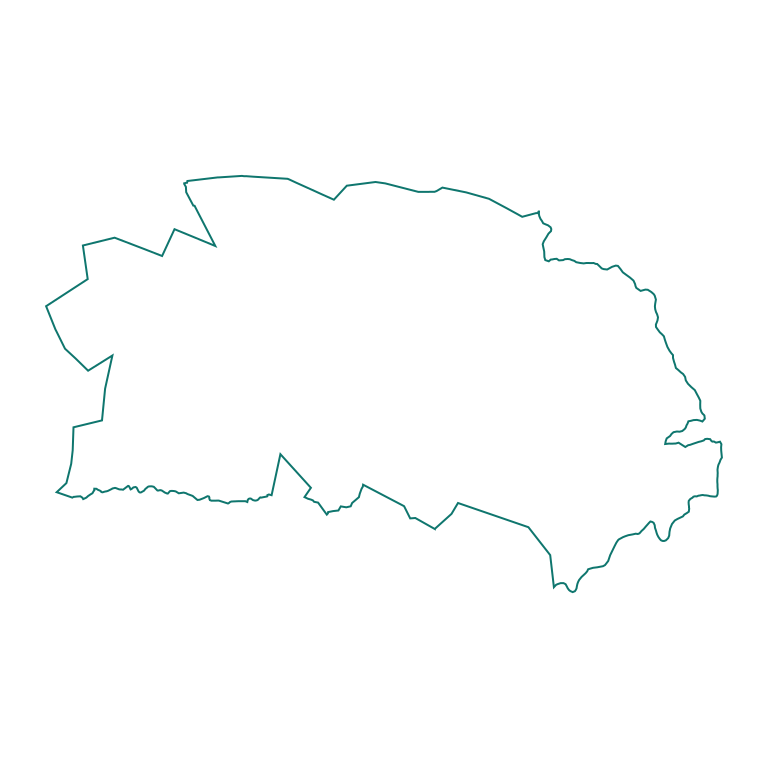 outline of Santiago Ixtayutla, Oaxaca, Mexico
{"feature_id": "50627088B59377752165188", "entity_name": "Santiago Ixtayutla", "entity_type": "district", "adm_level": 2, "iso_a3": "MEX", "parent_name": "Mexico", "parent_adm1": "Oaxaca", "projection": "mercator", "projection_center": [-97.668, 16.53], "detail": "fine", "context": "isolated", "style": "outline", "palette": "teal", "viewbox_px": 768, "rotation_deg": 0, "n_neighbors": 0, "source": "geoboundaries", "source_scale": "gbopen_adm2", "svg_char_len": 6031}
<svg xmlns="http://www.w3.org/2000/svg" viewBox="0 0 768 768"><path d="M56.4,331.3L65.0,348.7L75.6,358.5L88.1,370.7L112.4,355.5L105.1,388.7L102.0,420.4L73.5,427.3L72.7,450.3L71.2,463.8L66.4,483.1L56.7,492.2L72.3,497.6L73.6,496.9L73.9,496.9L77.1,496.5L80.4,496.3L82.4,497.7L83.2,499.1L85.6,498.0L86.5,497.5L88.0,496.1L90.5,494.4L92.2,493.4L92.6,493.0L92.8,492.7L93.5,491.3L94.2,490.5L94.1,490.4L94.2,489.7L94.3,488.7L96.5,488.8L97.7,489.7L99.8,490.6L100.8,491.2L100.9,491.5L101.1,491.6L101.2,491.8L101.6,492.1L102.7,492.3L103.8,491.9L105.3,491.5L106.6,491.3L107.9,490.9L111.9,488.9L112.4,488.5L115.0,487.9L115.9,488.1L119.3,489.4L121.5,489.5L123.1,489.7L127.8,486.1L128.1,485.9L128.7,486.0L129.6,487.3L130.6,489.4L131.4,489.1L133.4,487.4L135.6,487.0L136.7,487.7L138.6,491.5L139.5,492.3L140.1,492.5L141.0,492.4L142.6,491.5L144.0,490.7L145.4,488.9L145.6,488.7L146.7,487.9L146.8,487.8L147.5,487.1L147.9,486.8L149.0,486.4L151.7,486.3L153.8,486.8L155.0,488.0L157.3,490.4L158.0,490.6L160.2,490.1L160.7,490.3L161.6,490.4L162.2,490.8L164.2,492.1L164.5,492.4L167.1,493.5L167.9,493.5L169.9,491.2L171.1,490.9L173.8,491.0L175.7,491.4L178.8,493.3L183.7,492.6L186.3,493.3L187.4,494.0L192.6,495.9L197.1,499.7L197.5,500.0L198.2,499.9L199.7,499.7L204.0,498.0L207.5,496.2L208.9,496.5L209.1,496.8L209.1,497.0L209.4,497.7L209.3,498.6L209.9,500.1L211.5,500.7L218.8,500.6L228.0,503.5L228.8,503.1L230.2,501.9L231.6,501.5L238.4,501.2L245.3,501.2L247.3,502.0L247.7,500.1L248.6,498.9L249.1,498.7L249.7,498.5L250.7,498.5L252.0,499.4L253.0,500.1L255.1,500.6L256.1,500.5L257.5,500.1L258.0,499.7L259.7,497.9L260.3,497.4L261.2,497.6L266.8,496.5L267.3,496.3L267.4,495.1L268.9,494.5L271.6,495.2L280.4,454.2L310.9,487.8L304.5,497.1L308.1,498.8L311.0,499.6L312.9,500.4L314.1,501.8L318.1,502.6L323.0,509.4L326.8,514.6L327.9,513.4L328.1,512.1L333.0,511.1L338.4,510.5L340.8,506.4L346.3,507.3L350.7,506.3L352.1,503.0L358.9,497.2L359.8,493.6L361.6,488.7L362.8,486.7L363.1,484.7L384.1,495.7L401.5,504.8L404.1,506.2L410.2,518.4L415.3,518.0L434.8,529.0L434.8,528.9L451.5,513.9L458.0,503.0L487.1,513.0L528.4,527.2L550.2,555.1L553.9,587.2L556.1,584.8L557.7,584.1L560.7,583.1L563.5,583.1L565.6,584.2L566.8,586.4L567.8,588.4L569.1,590.1L570.4,591.1L572.7,592.1L574.9,591.2L575.6,590.2L576.5,588.5L576.9,586.2L577.4,583.9L578.1,582.0L579.1,580.0L581.6,576.9L585.6,573.2L587.2,571.3L588.1,569.3L590.0,568.7L593.1,567.8L597.2,567.3L603.0,566.2L605.0,565.1L606.5,563.2L608.2,561.0L610.2,555.1L614.5,546.3L616.4,542.6L618.1,540.1L619.0,539.3L620.9,538.3L622.9,537.2L625.1,536.3L628.3,535.2L632.7,534.4L635.7,533.7L637.8,534.0L639.4,533.4L640.4,532.3L641.5,531.0L643.8,528.9L645.9,526.4L647.5,524.6L648.9,523.0L650.4,521.5L652.1,521.9L653.6,522.8L654.7,525.2L655.0,527.8L656.0,530.7L656.6,532.9L657.2,534.6L658.3,536.8L659.6,538.7L660.9,540.2L662.4,540.9L664.0,541.0L665.8,540.4L667.0,539.3L668.2,538.1L669.2,535.6L669.5,531.9L670.2,528.4L672.0,524.0L674.8,520.5L677.6,518.9L680.8,517.4L682.9,516.4L684.3,514.6L686.8,513.1L688.8,511.7L689.0,510.2L689.2,508.5L689.0,507.6L689.0,506.4L688.7,504.2L688.6,502.3L688.8,500.8L690.3,499.0L692.6,497.6L693.4,496.7L694.9,496.3L696.8,496.4L698.4,495.7L699.9,495.5L701.1,495.2L702.8,495.0L704.3,495.3L706.2,495.4L708.3,495.7L710.0,496.2L712.0,496.4L714.3,496.6L716.1,496.5L716.8,495.9L717.3,494.9L717.6,493.9L717.8,490.1L717.6,488.4L717.5,486.4L717.5,484.4L717.3,481.9L717.3,479.4L717.4,478.0L717.6,476.2L717.6,474.7L717.7,473.1L717.5,469.7L717.8,467.5L718.1,466.0L718.5,464.6L719.5,462.6L720.2,460.7L720.6,459.6L721.9,457.6L721.2,450.6L721.1,447.2L721.4,444.2L720.0,441.7L717.7,442.3L715.9,442.6L713.9,441.5L712.3,441.6L711.1,440.6L710.2,439.2L707.1,438.8L705.1,439.1L703.8,440.4L701.2,441.3L698.7,441.9L695.1,443.1L693.0,443.8L690.2,444.8L688.2,445.2L685.3,447.0L678.6,442.7L675.8,443.5L671.4,443.7L669.0,443.6L665.2,444.0L665.7,441.2L666.7,438.4L670.1,436.0L671.5,434.0L673.5,432.2L676.9,431.5L679.6,431.7L682.3,431.0L684.7,429.0L685.8,427.5L686.5,425.4L687.5,423.7L688.4,421.3L691.0,420.8L693.5,420.1L696.9,419.9L700.0,420.6L702.4,421.5L704.8,418.7L704.4,415.5L704.1,415.1L702.4,413.5L701.3,411.7L700.3,408.5L700.2,404.8L700.3,400.8L698.9,397.8L696.9,394.1L694.8,390.1L691.2,387.0L688.0,383.8L685.8,380.4L685.1,376.9L683.1,374.0L680.9,372.4L678.3,370.0L675.9,368.0L675.0,364.6L674.0,361.6L673.0,357.9L673.0,355.1L671.4,353.3L669.5,350.7L667.4,346.9L665.8,342.5L664.8,339.5L663.9,336.3L662.0,334.3L659.8,332.3L657.6,329.3L656.0,327.0L655.9,324.5L656.6,322.8L657.5,320.4L658.0,317.3L657.1,314.3L656.0,312.0L655.2,309.2L654.9,306.3L655.2,303.7L655.9,299.6L654.7,295.6L653.7,294.1L651.3,292.0L647.8,289.8L648.2,289.8L645.4,289.6L640.6,290.9L636.3,287.9L635.5,286.0L635.1,284.1L633.5,280.6L629.9,277.5L625.9,274.6L622.8,272.3L620.6,269.2L617.9,265.9L615.8,265.6L612.1,266.8L607.2,269.5L603.6,269.1L601.7,268.4L599.5,266.2L597.2,264.0L595.7,263.9L593.6,263.0L591.4,263.1L588.4,263.0L586.4,263.0L583.7,263.4L580.3,263.0L576.2,262.2L574.4,260.9L571.9,260.1L569.8,259.2L567.8,259.0L564.9,259.2L563.1,260.1L559.0,260.4L556.7,258.8L554.3,259.0L552.5,259.4L550.7,259.6L548.8,261.3L545.3,260.1L544.4,257.1L544.2,251.5L543.2,246.8L542.7,244.2L543.8,241.3L546.4,237.2L548.5,233.6L551.0,231.1L551.3,229.1L550.6,227.3L548.0,225.3L545.7,224.4L543.2,223.3L541.9,220.9L540.5,218.9L539.3,216.1L538.9,214.0L539.0,211.2L538.9,210.7L538.8,211.4L538.4,211.8L537.9,213.1L536.1,213.1L522.2,216.8L517.2,214.0L512.8,211.6L506.8,208.3L489.0,198.8L466.2,192.4L442.4,187.6L436.5,191.1L435.6,191.4L434.6,191.8L418.4,191.9L385.3,183.4L375.5,182.0L346.8,185.7L333.9,199.7L322.7,194.7L316.1,191.7L315.7,191.5L296.2,182.7L289.1,179.4L287.6,178.8L253.3,176.7L246.5,176.2L244.0,176.2L242.0,175.9L218.9,177.4L217.8,177.4L187.4,181.0L187.1,182.7L186.4,182.8L185.7,182.9L185.3,183.1L184.2,183.3L184.2,183.9L185.9,186.9L186.2,192.2L193.3,205.6L193.5,205.6L194.6,205.8L195.4,207.4L197.8,212.1L214.7,244.8L215.3,246.0L192.8,236.7L174.5,229.2L162.1,256.0L144.4,249.1L114.6,237.7L82.9,245.5L87.7,279.1L46.1,306.2L55.5,329.6L56.4,331.3Z" fill="none" stroke="#0f766e" stroke-width="2"/></svg>